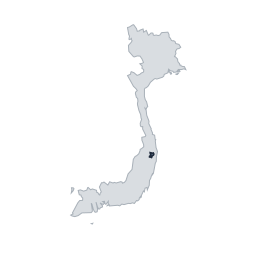 Son Ha, Quảng Ngãi, Vietnam (highlighted), rotated 26°
{"feature_id": "81297802B11658146957456", "entity_name": "Son Ha", "entity_type": "district", "adm_level": 2, "iso_a3": "VNM", "parent_name": "Vietnam", "parent_adm1": "Quảng Ngãi", "projection": "robinson", "projection_center": [108.493, 14.975], "detail": "fine", "context": "in_parent", "style": "filled", "palette": "slate", "viewbox_px": 256, "rotation_deg": 26, "n_neighbors": 0, "source": "geoboundaries", "source_scale": "gbopen_adm2", "svg_char_len": 4825}
<svg xmlns="http://www.w3.org/2000/svg" viewBox="0 0 256 256"><g transform="rotate(26 128 128)"><path d="M154.4,50.2L152.4,50.3L150.3,52.1L147.6,53.3L146.9,56.5L144.6,58.0L143.5,57.3L141.2,58.0L138.7,57.3L139.6,61.0L137.1,63.9L137.4,65.8L136.7,67.3L132.4,71.4L131.1,71.5L130.2,72.2L128.1,77.1L127.8,81.2L126.9,83.6L125.9,84.6L125.7,85.8L128.9,92.4L131.1,95.0L133.2,96.3L136.4,100.2L135.9,101.2L136.1,103.4L134.6,102.7L134.8,103.0L136.6,104.2L139.2,108.3L143.9,112.7L144.7,114.9L149.2,118.5L149.1,119.0L152.3,121.8L152.7,123.0L155.1,122.8L157.3,126.2L158.0,126.2L158.2,127.7L161.8,133.3L164.8,136.2L166.2,141.5L168.0,145.5L168.0,147.8L170.7,157.6L170.5,158.9L170.0,157.6L170.1,161.3L170.5,163.3L170.3,165.7L172.2,170.2L172.5,175.2L171.1,173.1L169.7,174.6L170.7,178.2L169.5,177.8L169.6,182.6L170.2,184.3L170.0,184.9L169.4,183.7L168.9,185.9L169.4,187.5L168.6,189.3L167.5,189.4L166.8,193.0L164.8,193.3L163.3,194.9L161.5,195.5L158.0,198.6L155.8,199.1L154.7,201.6L152.7,201.9L145.5,206.2L144.7,205.1L143.4,204.7L142.4,202.5L141.7,206.1L141.1,206.4L140.0,205.7L139.0,204.2L137.5,205.2L139.1,205.5L139.6,206.5L139.3,207.6L135.7,207.6L139.0,209.0L139.7,210.1L138.1,211.9L138.1,213.1L137.3,213.7L135.5,212.6L131.7,208.6L136.2,214.3L137.0,216.8L135.9,217.9L134.6,218.0L132.5,216.3L129.0,212.3L127.9,211.7L131.9,217.4L132.5,218.7L132.0,220.2L123.8,224.5L121.6,228.6L119.0,231.0L116.2,231.6L114.7,231.4L116.3,229.3L115.3,228.6L115.7,217.3L116.4,214.3L118.8,213.1L118.8,212.5L118.0,210.8L116.1,210.1L115.2,208.9L113.5,209.4L110.6,206.0L112.3,204.5L115.8,204.2L118.2,201.9L117.9,199.3L118.2,198.9L121.5,199.9L122.7,198.4L127.0,197.8L128.2,199.6L129.2,199.3L131.2,200.6L132.0,200.6L131.6,198.8L132.0,197.2L128.2,193.6L128.2,188.8L129.1,188.5L130.1,187.1L134.9,188.1L135.1,184.4L138.7,184.0L139.5,182.9L141.5,182.6L145.0,179.4L146.4,179.2L147.2,180.0L148.6,178.5L149.2,176.1L148.2,169.2L149.8,163.5L146.5,153.8L146.9,150.4L147.9,149.2L149.0,146.5L148.8,143.3L148.3,141.8L149.2,140.7L150.4,138.0L149.3,136.0L145.9,132.9L144.5,130.3L147.2,128.2L147.3,126.9L141.6,122.5L140.6,120.3L139.3,121.1L138.2,120.6L136.9,118.4L136.4,114.1L135.4,113.4L133.5,110.4L130.3,107.6L126.5,103.1L125.7,101.7L125.2,99.6L123.7,97.2L122.1,96.8L119.5,93.7L119.1,92.4L119.9,90.3L118.0,89.2L114.6,88.1L104.6,81.1L106.7,78.6L106.1,76.3L106.4,75.9L109.1,75.7L113.1,76.7L115.0,74.8L115.9,72.7L117.3,71.1L117.3,70.2L116.4,68.5L114.5,68.4L113.6,66.1L110.5,65.1L112.5,63.5L113.2,62.3L110.3,59.8L107.3,58.1L104.7,59.2L102.6,61.3L101.6,61.5L95.2,58.8L92.2,53.6L93.4,49.3L93.4,47.7L92.2,47.0L91.8,46.0L90.9,47.8L89.9,47.8L89.0,44.6L87.8,43.8L83.5,37.9L84.9,36.7L87.0,33.3L87.8,32.7L92.1,35.0L93.9,37.0L95.8,35.6L95.8,34.9L98.1,32.4L100.1,35.0L101.7,32.3L105.6,35.7L106.2,35.0L106.9,32.7L108.0,32.0L108.9,31.9L109.9,33.3L110.8,33.4L112.7,32.0L114.6,31.7L115.9,30.5L116.3,27.8L116.8,27.3L121.8,24.4L123.8,25.9L125.1,28.2L126.8,28.8L128.6,30.3L130.1,30.1L130.6,29.6L132.3,29.6L133.9,31.2L137.1,30.5L140.0,32.3L139.0,34.3L137.6,35.2L137.2,36.2L137.2,38.5L138.4,39.9L138.5,43.5L139.3,43.2L142.3,44.3L143.4,46.1L144.8,47.2L145.9,47.3L146.9,48.7L147.9,48.3L148.3,48.9L150.4,48.7L151.8,48.1L154.4,50.2ZM106.1,206.3L106.2,208.6L105.5,211.3L104.7,208.3L103.4,206.5L105.1,205.8L106.1,206.3ZM149.9,54.2L148.2,56.0L147.5,56.0L148.4,53.5L149.9,54.2ZM143.0,60.8L142.5,60.9L141.5,59.8L142.0,59.2L143.1,59.6L143.4,60.1L143.0,60.8ZM148.9,58.3L148.2,58.7L147.4,58.6L149.3,56.8L148.9,58.3ZM140.1,58.3L140.8,60.2L139.8,59.2L140.1,58.3ZM144.7,205.5L143.3,207.0L143.3,206.3L144.7,205.5ZM138.0,230.0L137.0,230.0L138.1,229.1L138.0,230.0Z" fill="#d9dde1" stroke="#a8b0b8" stroke-width="1"/><path d="M162.1,143.7L162.0,143.4L161.9,143.4L162.0,143.3L162.0,143.2L161.9,143.1L161.8,142.9L162.0,142.8L162.0,142.7L162.2,142.4L162.2,142.2L162.3,142.0L162.3,141.9L162.5,141.7L162.7,141.4L162.6,141.2L162.6,140.9L162.7,140.7L162.8,140.6L162.7,140.4L162.7,140.2L162.5,139.9L162.4,139.8L162.2,139.8L162.1,139.7L161.9,139.7L161.8,139.4L161.7,139.3L161.5,139.5L161.4,139.6L161.2,139.7L161.2,139.8L160.9,139.9L160.8,140.0L160.7,140.1L160.4,140.1L160.2,140.0L159.9,140.2L159.9,140.3L159.7,140.4L159.4,140.3L159.4,140.2L159.2,140.2L159.1,140.3L158.9,140.4L158.8,140.5L158.7,140.5L158.8,140.7L158.8,140.8L159.0,140.8L159.3,140.8L159.5,140.9L159.5,141.0L159.8,141.3L159.8,141.5L159.8,141.8L159.9,142.0L160.0,142.0L160.0,142.3L160.0,142.2L160.2,142.3L160.3,142.4L160.5,142.4L160.5,142.5L160.6,142.8L160.5,143.0L160.4,143.2L160.3,143.3L160.2,143.3L160.2,143.5L159.9,143.7L159.9,143.8L159.7,143.9L159.7,144.0L159.8,144.1L160.0,144.1L160.0,144.3L160.3,144.3L160.3,144.5L160.5,144.4L160.8,144.3L161.0,144.2L161.0,144.3L161.2,144.2L161.3,144.2L161.5,144.2L161.5,144.3L161.8,144.3L162.0,144.3L162.0,144.2L161.9,144.0L161.9,143.9L162.0,143.8L162.0,143.7L162.1,143.7Z" fill="#64748b" stroke="#1e293b" stroke-width="1.5"/></g></svg>